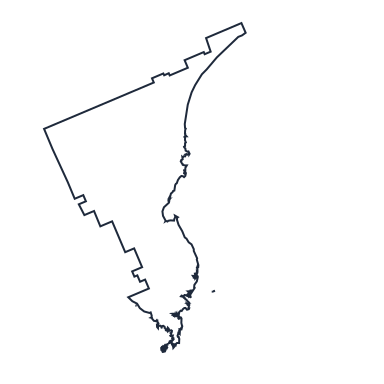 Broome, Western Australia, Australia (Robinson projection), rotated 157°
{"feature_id": "25037944B66848731281736", "entity_name": "Broome", "entity_type": "district", "adm_level": 2, "iso_a3": "AUS", "parent_name": "Australia", "parent_adm1": "Western Australia", "projection": "robinson", "projection_center": [122.495, -18.173], "detail": "fine", "context": "isolated", "style": "outline", "palette": "slate", "viewbox_px": 384, "rotation_deg": 157, "n_neighbors": 0, "source": "geoboundaries", "source_scale": "gbopen_adm2", "svg_char_len": 5909}
<svg xmlns="http://www.w3.org/2000/svg" viewBox="0 0 384 384"><g transform="rotate(157 192 192)"><path d="M291.8,120.0L289.6,114.8L286.2,110.7L285.4,105.5L282.7,100.7L278.4,97.3L277.1,97.3L277.4,93.9L278.1,92.5L279.0,92.4L278.0,91.6L278.2,90.9L277.4,88.3L275.7,87.2L274.6,87.7L274.6,86.6L274.3,87.0L274.2,87.0L274.5,86.1L274.2,84.1L275.2,83.1L276.1,83.6L276.9,81.4L276.5,80.0L275.7,81.6L273.6,81.5L273.0,80.7L273.0,78.2L272.6,80.3L270.8,80.1L269.9,78.7L270.3,77.6L269.7,76.7L270.1,75.0L269.3,74.7L269.1,73.8L267.3,76.5L266.9,75.4L267.3,74.8L267.4,73.6L266.8,74.0L266.6,73.0L265.1,72.8L264.7,72.0L265.6,70.7L266.7,70.5L266.4,70.0L267.0,68.5L268.1,68.2L268.0,67.8L265.8,67.3L267.5,65.1L267.3,64.5L266.3,64.5L266.5,63.6L268.6,62.6L269.1,63.4L270.4,63.1L270.5,64.2L270.6,63.4L272.5,61.8L270.4,61.7L269.6,61.0L269.8,60.3L269.2,60.3L268.6,59.2L269.2,58.6L269.9,58.8L269.8,57.7L268.9,57.2L269.9,56.5L270.1,55.8L267.1,57.3L267.2,58.3L266.5,59.2L267.1,57.9L266.8,57.4L266.0,58.5L264.8,58.9L262.9,58.0L261.3,61.4L261.9,61.6L261.3,61.5L261.1,62.3L260.9,63.8L261.6,64.2L261.5,65.3L260.2,66.7L259.1,66.8L258.8,66.1L258.3,67.1L258.7,66.9L260.2,68.4L258.7,67.5L257.9,69.6L255.9,70.3L256.8,70.3L256.9,70.6L255.5,70.4L254.8,71.3L254.5,71.4L256.0,69.0L255.5,69.5L253.0,72.8L253.5,72.4L253.0,75.6L251.1,79.6L251.2,80.8L252.4,81.6L253.1,80.4L253.8,80.5L253.9,81.1L253.1,81.2L253.2,83.4L254.2,83.3L255.2,84.0L255.4,84.7L256.6,84.1L257.3,84.1L256.5,84.3L256.2,85.0L256.9,85.1L256.3,85.9L256.9,86.1L256.6,86.2L257.7,87.6L256.8,87.3L255.7,86.0L255.4,86.3L255.5,85.7L254.8,85.7L255.0,85.4L253.6,84.3L254.3,85.3L254.3,85.8L253.9,86.1L254.1,85.5L253.1,84.6L253.3,85.3L252.9,84.7L253.1,85.0L253.0,85.3L252.7,84.8L252.4,85.6L251.1,86.1L252.6,84.6L252.1,84.2L250.6,86.5L248.8,87.2L248.0,86.5L246.2,87.7L244.4,88.2L243.3,87.8L242.6,85.6L240.7,85.4L240.0,86.1L240.6,86.5L240.3,87.1L239.0,88.6L240.2,89.8L240.2,90.8L239.9,90.3L239.8,90.9L239.7,90.3L238.9,90.3L239.5,90.8L238.9,90.7L238.5,90.3L238.8,89.6L237.8,90.9L238.4,92.7L238.9,92.9L239.2,95.2L240.0,95.7L240.1,97.7L240.9,97.9L241.1,99.0L241.8,99.5L241.4,99.5L241.7,100.2L242.5,100.1L242.8,100.3L242.1,100.7L241.2,99.7L240.2,99.6L239.1,100.1L237.4,99.0L236.1,99.5L236.9,98.0L235.8,97.2L235.8,96.7L234.9,96.9L234.3,95.1L234.1,97.1L234.7,98.2L234.1,99.7L234.7,99.3L234.0,100.5L234.4,101.5L233.8,101.1L233.9,101.9L233.6,101.8L233.1,101.2L233.5,100.6L232.7,100.9L232.0,101.9L231.2,101.6L232.0,101.4L232.2,100.6L231.8,100.4L233.1,99.7L233.7,98.2L227.0,102.7L227.3,103.4L226.1,105.6L222.5,107.8L219.8,111.6L219.8,112.5L220.7,112.9L221.8,112.3L222.3,111.5L223.0,111.1L222.9,111.7L222.4,111.6L222.3,112.4L223.2,112.6L223.6,112.2L223.9,112.4L223.7,112.9L224.0,112.8L223.7,113.0L222.0,113.1L223.9,113.9L224.0,114.5L221.7,113.5L221.5,114.4L221.2,113.9L219.9,114.6L220.1,115.2L219.4,114.9L220.2,114.3L219.7,114.4L219.0,115.3L219.4,115.6L218.9,116.4L219.2,117.2L218.6,116.5L218.3,117.4L218.0,117.0L218.6,116.1L218.1,116.5L216.8,119.7L216.7,120.5L217.4,119.6L217.1,120.5L216.5,120.9L215.6,120.5L214.7,122.2L214.0,127.9L213.2,128.9L213.4,137.0L212.7,138.7L212.9,144.0L214.7,147.0L215.4,151.9L215.5,151.4L216.0,151.4L215.6,151.6L216.4,153.1L216.3,159.7L217.2,167.0L216.7,172.2L215.8,174.1L214.9,174.3L216.9,176.9L217.1,175.5L218.8,174.1L219.7,172.7L222.9,174.3L225.1,174.8L226.1,174.4L227.3,175.6L227.8,175.5L227.5,175.8L228.0,181.4L226.8,185.7L223.8,188.9L217.4,191.2L216.7,192.2L217.2,193.0L216.4,194.6L215.5,194.4L216.4,194.1L216.5,193.7L215.8,194.0L216.5,193.5L216.3,193.2L215.4,193.8L214.7,195.5L215.0,195.8L214.4,196.3L214.3,195.8L212.0,198.8L210.0,199.4L209.0,200.3L207.7,200.2L204.8,204.9L203.7,205.8L202.6,206.0L200.3,208.5L197.5,210.3L195.5,210.9L194.2,210.1L193.5,208.8L191.9,209.4L190.2,211.8L191.1,213.5L191.7,212.4L191.5,211.8L191.6,211.6L192.0,212.3L190.5,214.4L190.8,215.1L190.2,215.7L190.6,215.0L190.3,214.3L190.8,213.7L190.3,213.2L188.7,216.8L186.4,218.5L188.1,219.2L189.9,220.6L189.8,221.0L190.3,221.0L189.9,221.1L190.4,224.6L190.2,224.8L190.1,224.2L188.8,225.7L187.8,225.8L187.2,228.0L186.9,227.4L185.6,228.1L184.4,227.5L183.1,228.8L183.3,229.1L182.3,229.1L181.8,228.2L180.7,228.4L180.4,227.9L180.0,228.3L180.1,229.2L179.8,228.3L180.0,227.6L179.3,228.1L179.4,230.7L180.4,230.8L181.7,232.6L181.1,234.7L181.7,236.1L181.6,237.6L181.5,236.4L180.9,236.6L180.9,236.3L180.2,237.9L180.6,238.5L180.0,238.0L179.3,239.7L178.3,240.0L178.2,242.5L176.6,245.8L177.4,245.3L178.2,245.3L176.8,246.0L175.3,245.4L175.9,247.2L175.7,248.4L174.1,251.7L173.0,252.8L173.4,253.6L172.1,257.4L161.8,274.0L153.4,283.9L147.3,289.2L136.9,296.5L130.6,299.1L116.5,306.2L88.8,316.7L84.8,316.6L80.4,317.6L80.5,328.2L118.9,328.2L120.0,313.9L126.5,313.9L126.5,316.2L147.3,316.2L147.3,308.0L167.0,308.0L167.0,310.4L172.0,310.3L172.1,312.3L184.4,312.3L184.4,307.7L303.5,307.9L303.6,286.0L302.5,249.5L302.6,231.6L293.3,231.6L293.3,224.9L301.0,224.9L300.1,212.8L289.6,212.8L289.8,196.2L277.0,196.2L277.0,162.7L267.3,162.7L267.3,142.3L278.1,142.3L278.1,136.6L274.9,136.6L274.9,129.7L269.4,129.7L269.4,120.0L291.8,120.0ZM280.5,58.0L279.9,58.6L279.6,57.8L278.4,58.0L279.1,59.2L278.3,60.5L278.8,61.2L279.4,60.4L279.5,61.2L280.0,61.2L280.0,60.3L281.2,58.3L280.5,58.0ZM281.3,60.5L281.9,58.6L281.3,58.2L280.4,60.6L281.3,60.5ZM275.9,61.4L273.4,60.8L274.3,61.1L274.3,61.5L275.9,61.4ZM275.6,58.7L275.6,60.5L275.8,60.5L275.6,59.4L276.4,58.9L276.1,58.7L275.6,58.7ZM277.4,60.5L278.0,60.0L278.3,59.1L277.8,58.8L277.4,60.5ZM278.9,56.1L280.4,56.3L280.5,56.0L279.2,55.8L278.9,56.1ZM277.4,57.9L276.8,58.0L277.0,58.4L277.8,58.7L277.4,57.9ZM209.5,92.2L210.9,92.4L210.1,92.2L211.7,92.0L209.5,92.2ZM211.8,92.1L212.8,92.5L211.8,92.1L211.8,92.1ZM287.5,108.9L288.1,109.4L288.4,109.5L287.5,108.9ZM277.4,61.3L277.8,61.1L278.2,60.4L277.5,60.9L277.4,61.3ZM276.4,57.9L275.6,57.6L276.4,57.9ZM214.6,195.7L214.7,195.0L215.0,194.4L214.6,195.0L214.6,195.7ZM281.8,56.5L282.4,56.3L281.5,56.4L281.8,56.5Z" fill="none" stroke="#1e293b" stroke-width="2"/></g></svg>